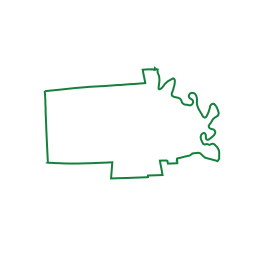 Ion Roata, Ialomita, Romania, rotated 239°
{"feature_id": "2599482B97439944299156", "entity_name": "Ion Roata", "entity_type": "district", "adm_level": 2, "iso_a3": "ROU", "parent_name": "Romania", "parent_adm1": "Ialomita", "projection": "orthographic", "projection_center": [26.762, 44.681], "detail": "fine", "context": "isolated", "style": "outline", "palette": "green", "viewbox_px": 256, "rotation_deg": 239, "n_neighbors": 0, "source": "geoboundaries", "source_scale": "gbopen_adm2", "svg_char_len": 5410}
<svg xmlns="http://www.w3.org/2000/svg" viewBox="0 0 256 256"><g transform="rotate(239 128 128)"><path d="M162.8,183.6L163.1,183.2L164.2,182.3L165.4,181.9L164.0,180.9L164.5,180.1L164.9,179.9L165.6,179.4L166.3,178.3L166.3,177.8L166.7,177.3L166.8,177.2L167.5,176.2L168.2,174.9L170.4,170.6L169.6,170.4L167.2,169.4L165.6,168.8L164.1,168.3L161.8,167.5L159.0,166.5L157.6,165.9L159.4,162.3L160.6,159.9L161.4,158.2L162.8,155.5L164.2,152.8L164.3,152.8L169.0,143.2L170.6,140.4L176.9,127.8L177.0,127.8L183.6,115.3L183.6,115.2L189.9,102.4L196.0,89.2L199.3,82.3L201.3,78.0L202.4,75.6L202.5,75.6L201.0,74.9L199.6,74.2L198.9,73.8L196.3,72.5L192.9,70.6L191.7,69.9L190.8,69.4L189.7,68.8L188.6,68.2L187.5,67.6L185.6,66.6L185.4,66.3L176.0,61.2L167.5,56.5L167.3,56.4L153.6,49.0L139.6,41.5L139.6,41.3L139.4,41.5L139.0,42.2L137.2,45.0L135.3,47.7L134.0,49.8L132.8,51.6L131.6,53.3L130.7,54.7L128.1,58.9L126.4,61.7L125.7,62.8L124.4,65.0L122.7,67.9L116.3,79.2L114.2,83.1L112.5,86.2L109.5,91.6L107.1,96.1L106.7,96.9L93.5,87.5L84.4,103.7L80.3,111.2L77.9,115.5L75.6,119.7L75.6,119.8L77.0,120.6L70.0,133.2L69.9,133.4L75.2,135.4L76.3,135.8L77.3,136.2L80.4,137.3L83.6,138.5L82.0,141.4L81.0,143.0L80.3,144.3L80.1,144.5L79.5,144.8L76.9,143.9L76.5,144.6L72.4,152.1L74.8,153.4L75.0,153.1L75.6,153.6L76.4,154.2L76.5,154.3L76.4,155.0L76.2,155.5L76.1,155.8L75.9,156.4L75.6,157.2L74.1,162.3L73.4,164.4L72.6,166.7L72.6,167.1L72.7,168.1L72.9,169.8L73.0,170.1L72.9,170.3L72.6,171.0L72.3,171.7L70.8,174.9L70.7,175.1L70.7,175.3L70.4,175.7L69.4,176.6L69.2,176.8L68.9,177.0L65.8,177.8L63.2,178.7L62.8,178.8L54.7,186.7L53.5,187.6L53.6,188.0L54.4,189.8L55.0,190.5L58.3,192.5L59.6,193.3L61.2,194.1L62.0,194.3L62.7,194.4L63.4,194.5L64.1,194.5L64.6,194.5L65.0,194.5L65.4,194.5L65.9,194.5L66.4,194.4L67.3,194.1L67.9,194.0L68.2,193.9L68.6,193.9L69.0,193.8L69.6,193.6L69.9,193.4L70.4,193.0L70.7,192.7L71.0,192.2L71.2,191.8L71.3,190.9L71.4,190.4L71.4,190.0L71.5,189.6L71.6,189.4L71.7,189.1L71.9,188.9L72.0,188.7L72.5,188.4L72.7,188.2L73.2,187.8L73.5,187.5L73.6,187.2L73.9,186.6L74.0,186.1L74.2,185.6L74.4,185.4L74.6,185.0L74.9,184.8L75.1,184.6L75.3,184.5L75.5,184.4L76.2,184.3L76.6,184.3L77.4,184.4L78.3,184.4L79.3,184.6L80.2,184.7L80.9,184.8L81.5,185.0L82.0,185.2L82.6,185.5L83.1,185.9L83.5,186.3L84.4,187.2L84.6,187.8L84.8,188.3L84.9,188.8L84.9,189.2L84.9,189.6L84.7,190.3L84.6,190.5L84.4,190.7L84.1,190.9L83.8,191.1L83.5,191.2L83.0,191.2L82.8,191.2L82.5,191.2L82.3,191.2L81.9,191.0L81.6,190.9L81.2,190.7L80.4,190.2L80.1,190.0L79.5,189.7L78.8,189.5L78.2,189.4L77.9,189.4L77.4,189.6L77.2,189.9L76.9,190.1L76.7,190.5L76.6,190.9L76.6,191.4L76.7,193.0L76.9,194.3L77.1,196.1L77.5,197.6L77.6,198.3L77.9,198.8L78.2,199.2L78.5,199.7L78.9,200.2L79.2,200.5L79.6,200.7L80.3,200.9L81.0,201.0L81.4,201.0L82.0,200.8L82.3,200.7L82.6,200.6L82.8,200.4L83.1,200.1L83.4,199.9L84.0,199.1L84.4,198.8L85.2,198.2L85.6,198.0L85.8,197.9L86.2,197.8L86.6,197.8L86.9,197.8L87.2,197.8L87.5,197.9L87.7,198.0L88.2,198.3L88.3,198.4L88.9,199.5L89.2,200.0L89.6,201.3L89.8,201.8L90.5,203.0L90.7,203.5L91.0,203.9L91.3,204.3L91.6,205.0L91.7,205.3L91.8,205.5L91.9,206.0L91.9,206.3L92.0,206.6L92.1,206.8L92.2,207.1L92.2,210.2L92.2,211.0L92.3,211.1L92.3,211.4L92.6,211.8L92.8,212.2L93.3,212.7L93.7,213.1L94.1,213.4L94.6,213.6L95.0,213.8L97.1,214.2L98.3,214.5L99.2,214.6L100.0,214.7L100.6,214.7L101.7,214.6L102.7,214.6L103.1,214.5L103.9,214.3L104.3,214.1L104.8,213.7L105.1,213.0L105.2,212.5L105.3,212.1L105.3,211.7L105.2,211.4L104.9,210.5L104.6,209.9L104.4,209.6L104.1,209.3L103.3,208.7L101.9,207.2L100.3,205.4L99.0,203.6L98.2,202.4L97.8,201.8L97.5,201.2L97.4,200.9L97.2,200.1L97.2,199.7L97.3,199.5L97.4,199.2L98.1,198.6L98.6,198.4L99.1,198.2L99.6,198.1L100.8,198.3L101.3,198.3L102.6,198.3L104.3,198.3L106.3,198.3L107.9,198.3L110.7,198.8L111.7,199.0L112.7,199.3L113.2,199.5L114.5,200.3L115.7,201.0L116.7,201.7L117.2,202.0L117.8,202.2L118.4,202.5L118.8,202.6L120.1,203.0L122.5,203.1L122.8,203.0L123.1,202.9L123.5,202.7L124.0,202.3L124.3,202.0L124.8,201.5L125.1,201.1L125.2,200.8L125.3,200.6L125.5,200.0L125.5,199.6L125.6,199.2L125.5,198.8L125.4,198.5L125.3,198.0L125.1,197.7L124.5,197.0L124.0,196.5L123.6,196.4L123.1,196.2L122.6,196.2L121.8,196.3L121.0,196.6L120.2,197.1L119.1,197.6L118.2,197.7L117.9,197.7L116.8,197.2L116.3,196.9L115.9,196.3L115.6,195.8L115.3,195.3L115.2,194.8L115.2,194.4L115.2,193.7L115.4,193.0L115.7,192.5L115.9,192.1L117.1,191.1L117.5,190.6L117.8,190.2L118.1,189.6L118.7,188.9L119.4,188.3L119.8,188.1L120.7,187.7L121.2,187.5L121.7,187.5L122.3,187.5L122.8,187.6L123.8,187.8L124.5,187.9L125.2,187.9L125.9,187.8L126.5,187.6L127.3,187.1L127.9,186.6L128.4,186.2L129.7,184.8L130.7,183.8L131.3,183.3L131.8,183.0L132.3,182.7L132.8,182.6L133.0,182.5L133.3,182.5L133.5,182.5L134.4,182.9L135.0,183.3L135.5,183.7L136.1,184.6L136.5,185.1L138.2,187.1L139.2,188.1L140.7,189.7L141.2,190.2L141.8,190.7L143.5,191.9L144.1,192.3L144.7,192.6L145.1,192.8L146.0,192.8L146.6,192.8L146.8,192.7L147.1,192.5L147.2,192.4L147.3,191.9L147.4,190.4L147.4,189.8L147.5,186.5L147.5,185.6L147.3,184.9L147.1,183.9L146.7,182.2L146.4,181.5L146.0,180.6L145.2,178.5L145.0,177.8L144.9,177.2L144.8,176.5L144.8,175.6L144.9,175.1L145.0,174.9L145.1,174.7L145.3,174.6L145.5,174.5L145.9,174.5L146.3,174.7L146.8,175.0L148.4,176.2L149.4,177.0L151.9,179.0L154.1,180.3L155.1,180.7L156.1,181.2L156.7,181.4L157.9,181.6L158.7,181.7L159.5,181.8L160.8,182.2L161.8,182.8L162.8,183.6Z" fill="none" stroke="#15803d" stroke-width="2"/></g></svg>